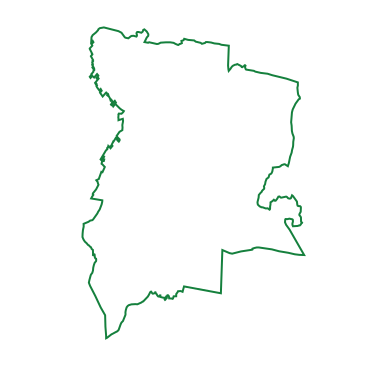 outline of Phra Nakhon Si Ayutthaya, Phra Nakhon Si Ayutthaya, Thailand, rotated 7°
{"feature_id": "78962969B15942215938926", "entity_name": "Phra Nakhon Si Ayutthaya", "entity_type": "district", "adm_level": 2, "iso_a3": "THA", "parent_name": "Thailand", "parent_adm1": "Phra Nakhon Si Ayutthaya", "projection": "equal_earth", "projection_center": [100.553, 14.343], "detail": "fine", "context": "isolated", "style": "outline", "palette": "green", "viewbox_px": 384, "rotation_deg": 7, "n_neighbors": 0, "source": "geoboundaries", "source_scale": "gbopen_adm2", "svg_char_len": 5890}
<svg xmlns="http://www.w3.org/2000/svg" viewBox="0 0 384 384"><g transform="rotate(7 192 192)"><path d="M92.9,234.2L88.3,236.8L88.7,239.6L88.4,243.1L88.5,246.7L88.8,250.1L90.1,252.4L91.7,254.3L93.8,255.8L95.1,257.1L96.1,257.5L97.5,258.7L98.5,259.2L99.3,260.7L100.7,261.6L101.3,265.2L101.4,266.7L101.6,266.8L102.6,265.8L102.9,265.9L103.6,268.9L104.2,269.7L104.9,269.9L105.2,271.0L105.2,272.3L104.0,274.2L103.5,276.5L103.2,279.2L103.3,281.9L102.9,284.4L101.9,286.1L101.6,287.0L100.9,291.9L100.7,294.6L102.3,297.6L108.7,307.0L115.5,317.8L120.8,324.9L122.5,336.3L124.3,345.2L124.6,347.6L125.6,346.9L129.3,343.2L135.0,339.2L136.0,337.8L137.3,332.0L137.9,330.2L139.2,328.5L140.9,322.1L140.9,321.4L140.6,319.5L140.7,317.2L141.2,314.4L142.1,312.9L143.1,312.0L145.6,310.9L149.4,310.2L151.5,310.1L155.3,307.8L156.4,306.7L156.9,306.6L160.9,301.2L161.8,299.2L162.7,296.6L163.2,296.0L163.7,295.9L164.0,296.5L165.2,297.6L165.6,297.7L167.4,296.9L167.7,296.0L168.0,296.0L168.6,297.2L169.4,297.7L170.0,298.7L171.0,299.7L172.2,299.9L172.4,299.7L172.6,298.6L173.2,298.5L173.5,299.9L173.8,300.1L176.3,300.4L177.8,300.3L177.9,300.5L177.9,301.9L178.4,302.4L178.6,302.2L178.7,301.4L179.3,301.1L179.9,300.3L179.9,299.8L179.0,299.6L179.0,299.2L179.2,298.7L179.9,298.4L180.2,297.5L180.8,297.4L181.6,298.1L182.0,299.0L182.3,300.4L184.4,300.2L185.8,300.4L186.1,300.0L186.5,297.8L189.0,297.4L188.8,295.2L190.0,293.0L190.2,292.2L192.9,291.7L194.8,292.2L195.6,286.7L233.0,289.0L229.2,245.9L236.8,248.1L239.4,248.3L247.9,245.0L258.6,242.0L259.0,241.7L258.9,240.9L260.7,240.0L262.9,239.2L265.1,238.9L278.3,239.2L285.6,240.2L295.0,240.6L301.6,241.3L306.1,241.3L311.0,240.9L293.4,217.4L289.4,213.1L288.0,210.7L287.9,207.8L288.3,207.4L290.0,207.3L291.9,206.6L295.0,206.9L295.4,207.2L295.6,207.9L295.8,209.3L295.5,210.8L295.7,212.4L296.4,213.7L301.1,212.8L302.2,212.2L303.0,212.1L303.9,211.0L304.5,209.4L304.9,209.3L305.0,209.0L303.9,208.2L303.2,203.9L302.7,203.1L301.5,202.0L301.3,201.4L301.4,200.6L302.3,198.4L302.0,194.3L301.7,193.4L301.0,192.9L299.2,193.0L298.5,192.7L298.1,191.9L297.3,188.7L292.7,183.7L291.7,183.1L291.0,185.9L290.6,186.4L289.5,186.7L288.2,186.5L286.9,185.4L286.0,185.1L281.4,186.7L280.7,186.7L279.4,185.8L278.3,186.1L277.3,188.5L276.1,190.4L275.4,190.6L274.2,189.7L273.0,191.2L271.2,192.7L271.4,194.8L271.3,197.0L271.5,198.9L271.4,199.8L271.1,200.1L269.2,199.0L267.0,199.3L264.1,198.6L262.6,198.7L262.0,198.3L261.0,198.1L258.9,196.5L258.3,194.6L258.3,193.5L258.8,189.5L258.7,186.8L260.3,184.3L261.1,183.4L261.5,182.1L263.2,180.0L263.2,179.1L262.7,177.6L263.6,175.3L263.7,172.8L264.4,169.9L266.2,168.2L266.7,165.3L268.4,164.1L268.7,163.5L269.2,161.9L269.4,158.7L269.3,157.9L275.3,156.5L276.6,155.7L277.7,154.4L280.2,153.2L280.9,153.2L284.0,154.7L284.6,151.5L285.1,145.1L286.1,140.8L286.2,138.2L286.7,134.9L286.7,133.2L286.4,129.9L286.5,126.1L286.1,124.6L284.6,121.8L283.7,119.2L282.8,114.0L281.9,110.7L281.5,100.8L281.9,97.8L284.0,91.7L286.6,87.0L287.7,86.2L287.4,84.7L285.6,82.6L284.9,80.2L283.9,75.7L284.1,73.3L283.7,70.3L272.0,68.0L257.4,66.3L252.6,65.4L245.7,65.4L240.1,64.8L238.7,64.2L230.8,63.9L230.4,63.6L229.7,62.3L229.4,61.5L229.7,60.1L229.1,59.7L228.8,59.8L228.1,61.0L227.4,61.2L226.6,62.0L226.1,61.9L225.2,60.9L221.3,59.5L220.3,60.2L219.3,60.4L217.5,61.5L216.5,62.5L215.8,63.7L215.1,65.2L213.7,67.3L213.2,65.8L212.4,62.1L210.7,42.3L203.3,42.3L200.8,41.7L196.1,41.8L192.7,41.3L189.1,41.3L187.5,41.5L186.7,42.5L183.8,43.7L182.4,42.9L177.3,42.3L175.7,41.3L169.6,41.5L165.6,40.9L165.1,42.4L163.1,43.3L163.8,45.5L162.4,46.4L161.7,46.6L160.6,47.7L159.9,47.7L157.5,47.0L155.6,46.2L152.2,46.1L148.0,46.6L142.7,47.6L140.6,49.0L139.2,49.4L131.2,48.6L130.3,49.2L126.6,49.0L128.3,44.1L129.5,42.4L129.5,41.1L129.3,40.5L127.5,38.2L124.9,36.4L123.9,37.0L123.7,38.1L123.4,39.0L122.3,40.1L119.5,39.7L118.1,39.9L117.6,40.8L117.6,41.5L118.1,42.5L118.3,43.3L118.1,44.2L117.9,44.5L114.9,44.1L113.2,44.4L112.3,44.9L110.1,47.2L107.4,47.0L106.5,46.7L102.6,42.5L99.4,41.3L84.5,39.4L80.6,40.6L79.8,41.3L79.2,42.0L79.0,42.9L77.2,45.4L74.3,48.4L73.4,50.5L73.7,55.5L75.0,54.1L75.9,55.3L74.3,57.5L75.2,58.9L73.0,62.0L73.0,62.3L76.1,67.0L75.9,67.2L76.3,67.7L75.1,69.5L77.7,73.1L77.3,73.6L77.8,74.3L77.1,75.3L77.7,76.2L77.5,76.6L78.0,77.3L77.5,77.8L78.1,78.5L77.9,78.8L78.6,79.6L78.0,80.6L78.5,81.1L79.1,80.3L79.7,81.1L79.5,81.4L80.0,82.1L79.6,82.7L80.0,83.1L79.3,84.1L79.4,84.8L77.8,87.2L78.1,87.6L76.5,90.1L77.4,91.1L78.8,88.9L80.9,90.3L83.4,86.5L84.7,87.7L84.3,88.2L84.6,88.5L83.3,90.5L84.1,91.4L84.9,90.1L85.5,90.8L82.5,95.5L83.0,96.2L83.4,95.6L84.1,96.4L83.8,96.8L84.7,97.8L84.2,98.5L85.1,99.8L87.7,102.5L88.8,100.9L90.0,102.5L88.6,104.6L91.7,108.1L94.6,103.8L94.9,103.7L96.0,105.0L96.3,105.8L96.0,106.2L96.4,106.5L97.0,105.6L97.7,107.1L99.2,109.1L99.8,110.5L100.0,110.3L100.4,111.1L100.9,110.5L102.2,112.1L101.8,112.9L102.1,113.2L100.9,115.0L101.3,115.4L104.0,111.2L104.7,112.0L104.8,111.6L105.6,112.6L103.1,116.3L103.4,116.7L105.1,113.9L110.1,117.8L112.1,119.0L114.5,120.0L114.0,121.1L112.5,122.9L109.8,123.1L109.5,124.1L109.7,124.7L109.8,127.1L110.1,128.1L110.3,129.7L114.4,127.8L114.9,129.8L114.9,130.9L114.7,134.0L115.2,136.6L115.3,139.1L112.7,141.1L110.4,145.5L111.3,146.7L113.7,148.6L113.5,149.3L113.8,149.7L113.2,150.9L111.7,149.8L110.8,148.4L109.7,147.7L108.9,149.6L107.9,151.6L107.7,151.5L106.4,155.3L107.4,156.0L106.0,158.2L105.4,157.0L105.0,157.6L104.6,157.1L104.1,157.6L103.3,156.7L103.2,157.4L102.4,158.8L102.7,159.9L101.5,161.2L97.3,170.8L98.1,171.4L100.0,167.3L100.5,167.7L99.3,169.9L99.7,170.2L99.8,170.0L100.9,170.3L100.7,172.0L99.6,172.3L99.0,172.9L98.8,175.0L99.8,175.6L102.4,177.8L100.7,183.3L99.6,183.0L97.9,190.5L95.6,192.0L97.1,193.5L97.6,194.9L98.3,196.2L96.5,201.1L93.9,205.3L93.7,206.2L94.4,206.9L93.4,208.8L92.7,210.7L104.0,211.2L104.1,212.5L103.8,215.4L102.5,220.6L101.2,223.2L100.7,224.8L97.2,231.3L96.5,232.1L94.4,232.8L92.9,234.2Z" fill="none" stroke="#15803d" stroke-width="2"/></g></svg>